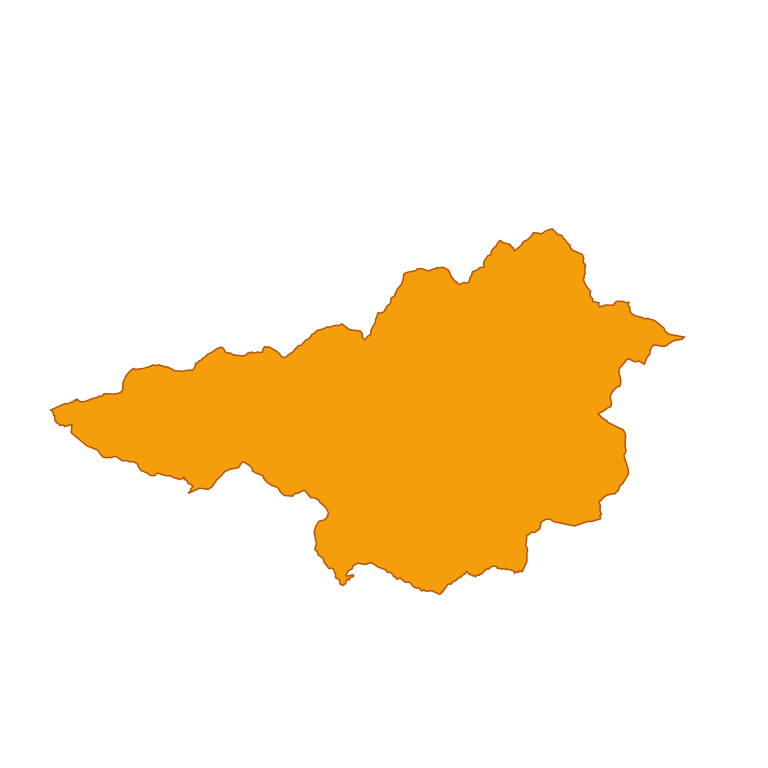 outline of Andreiasu De Jos, Vrancea, Romania, rotated 36°
{"feature_id": "2599482B32209112842541", "entity_name": "Andreiasu De Jos", "entity_type": "district", "adm_level": 2, "iso_a3": "ROU", "parent_name": "Romania", "parent_adm1": "Vrancea", "projection": "mercator", "projection_center": [26.796, 45.716], "detail": "fine", "context": "isolated", "style": "filled", "palette": "amber", "viewbox_px": 768, "rotation_deg": 36, "n_neighbors": 0, "source": "geoboundaries", "source_scale": "gbopen_adm2", "svg_char_len": 6170}
<svg xmlns="http://www.w3.org/2000/svg" viewBox="0 0 768 768"><g transform="rotate(36 384 384)"><path d="M303.8,572.5L305.3,568.1L305.1,559.9L306.3,553.8L306.7,548.5L309.3,543.7L315.5,537.3L315.1,530.8L316.4,529.3L324.7,529.1L327.4,530.0L328.5,531.7L332.1,531.4L339.6,529.5L343.4,531.6L347.0,532.2L352.5,532.2L358.1,530.3L362.0,531.3L362.9,532.1L368.7,532.8L376.0,528.5L376.1,526.1L377.1,523.7L378.4,523.4L381.0,518.2L382.4,516.6L391.5,519.1L394.6,516.9L399.7,516.4L401.5,517.4L410.2,518.4L414.7,520.8L415.9,524.2L416.2,527.0L415.0,530.0L413.1,531.7L412.0,533.7L412.5,539.4L414.7,545.1L423.1,552.7L425.3,558.5L428.8,558.9L431.3,561.0L437.3,560.8L440.2,563.3L448.0,565.6L450.4,563.5L451.6,563.5L457.2,566.8L458.5,569.2L462.9,568.7L466.1,571.7L469.4,571.0L470.2,567.7L469.4,566.0L469.0,563.5L471.0,563.3L470.5,560.5L472.1,558.4L472.2,557.0L470.8,556.7L467.8,560.3L466.2,561.4L465.3,560.8L465.2,556.9L464.8,555.9L466.8,552.7L466.0,548.6L468.5,544.0L474.1,541.5L475.8,540.0L477.7,536.9L479.8,535.8L486.2,535.6L494.5,533.5L497.4,534.3L500.1,532.7L503.1,533.0L505.2,534.1L507.1,533.4L509.0,534.5L511.5,531.2L514.0,531.9L518.2,531.7L521.2,529.3L527.4,530.7L530.2,530.1L532.4,528.3L535.7,529.4L536.9,528.3L537.2,527.1L539.6,527.0L544.3,523.2L552.8,521.4L553.5,518.5L553.6,508.6L553.9,507.7L555.6,507.0L556.2,503.0L557.7,500.7L558.4,496.7L559.8,495.4L559.9,491.7L561.2,490.2L561.0,487.0L565.2,488.0L566.2,487.0L568.6,487.1L569.3,486.1L571.1,486.2L572.0,483.5L573.7,482.6L573.3,481.0L574.8,480.1L574.8,477.3L575.5,475.3L575.4,473.5L577.1,472.6L577.9,471.0L578.0,469.2L580.3,466.2L582.2,465.8L584.2,466.5L585.6,465.2L588.4,464.6L589.7,462.2L591.7,462.6L592.3,461.6L597.5,459.3L599.4,459.2L600.9,460.4L601.6,457.9L603.3,457.7L603.5,455.8L606.1,454.6L604.1,443.9L598.9,436.7L598.6,435.2L597.3,433.4L593.3,431.0L590.7,425.7L588.9,423.3L588.8,422.3L589.6,420.9L590.4,417.4L591.1,416.5L592.9,415.9L595.1,410.1L593.6,405.6L592.3,404.8L592.7,402.6L594.2,398.9L597.3,395.8L602.2,395.6L621.6,386.9L629.1,376.1L633.4,372.5L638.4,365.7L636.0,363.5L636.5,361.5L633.1,359.4L630.2,354.8L627.7,353.6L627.1,352.4L628.3,350.3L627.9,349.1L628.2,347.3L629.7,343.0L634.3,337.5L635.6,336.9L635.4,334.3L636.2,332.9L634.7,327.7L635.6,324.0L634.6,313.6L633.9,311.9L631.1,309.0L620.0,300.8L619.8,297.6L619.1,296.0L614.3,291.0L610.0,284.0L606.5,281.3L604.4,280.6L587.6,283.5L585.8,282.7L581.1,283.3L574.8,282.2L577.7,276.3L578.9,272.1L580.8,269.0L579.6,266.1L574.9,261.7L573.8,259.9L573.4,255.9L573.9,251.4L574.3,249.7L576.0,247.0L575.7,245.9L573.7,242.1L566.4,235.6L565.6,233.8L565.4,231.2L566.0,225.6L565.9,222.7L566.8,219.9L574.2,218.5L577.0,215.5L583.0,214.9L581.1,207.9L581.5,203.9L579.6,200.2L578.9,197.2L579.2,194.4L580.3,193.1L587.0,190.0L589.0,188.5L589.4,187.1L590.1,186.8L590.5,184.3L593.0,178.5L598.0,173.5L598.9,172.1L599.4,169.5L585.6,176.1L580.4,176.2L577.8,174.2L565.6,173.6L558.5,176.1L555.7,178.6L554.1,178.2L548.1,180.8L544.2,181.5L542.1,181.3L540.0,180.1L537.5,177.2L535.7,177.2L534.8,176.5L534.2,174.0L532.4,175.6L528.6,176.9L523.9,180.1L523.4,181.0L523.0,185.7L517.1,189.6L512.9,195.1L510.9,193.7L510.2,191.9L504.6,194.5L502.3,192.1L500.8,192.3L499.0,191.4L497.4,189.4L496.8,187.7L489.3,185.6L483.9,182.4L483.2,179.6L482.4,179.2L481.9,176.5L479.0,173.5L478.5,171.1L477.4,170.5L477.1,169.3L473.6,168.2L472.2,166.4L472.1,165.2L468.3,162.7L457.2,165.1L456.1,164.3L454.3,164.2L453.2,162.6L448.0,161.9L445.9,160.8L442.9,160.7L440.7,159.3L436.8,160.9L429.0,159.6L427.9,160.7L425.0,164.8L423.5,169.1L422.1,170.8L420.2,171.1L415.8,174.1L416.2,174.8L416.2,178.7L415.0,183.6L413.1,186.7L413.5,187.3L413.0,188.6L413.6,190.7L411.3,199.7L408.4,197.9L405.3,197.9L404.2,197.0L396.5,199.9L394.0,199.3L393.3,200.5L393.0,203.5L393.7,206.2L393.1,207.5L392.7,212.6L394.4,217.1L392.6,219.0L392.9,225.6L393.3,227.1L396.0,230.6L392.8,233.9L392.9,235.6L392.2,237.2L389.6,241.1L390.9,244.7L391.1,247.6L392.4,249.8L392.4,253.2L389.0,254.9L386.6,259.1L384.5,259.5L383.4,258.7L380.2,258.9L374.9,257.4L370.5,254.6L368.3,254.0L362.8,255.0L361.9,256.5L358.7,258.7L353.3,266.6L347.0,268.3L343.5,271.1L343.1,273.5L336.1,281.2L335.6,284.0L338.1,288.2L339.5,293.1L339.1,299.9L340.1,304.7L341.0,306.6L339.6,309.3L339.5,311.1L340.9,312.8L341.7,315.2L340.6,319.3L341.5,325.4L340.0,328.5L337.5,329.6L337.3,330.6L338.6,333.2L339.0,335.9L340.9,339.8L341.1,344.0L342.1,348.6L344.1,351.6L342.8,355.1L342.6,359.6L338.4,358.6L337.0,356.1L333.8,355.0L324.2,360.3L314.4,360.1L313.8,362.6L309.8,365.4L306.8,369.8L304.7,371.0L301.9,376.0L298.1,380.5L297.7,384.3L296.5,386.3L296.9,391.1L294.9,394.5L294.2,401.5L292.0,403.3L292.3,405.5L291.3,408.5L291.8,410.6L289.2,417.4L288.9,420.5L285.1,422.2L282.0,421.0L277.5,420.6L268.7,421.7L267.6,423.1L265.4,424.0L265.6,426.7L266.7,429.4L266.0,430.8L262.2,433.0L262.1,434.2L260.7,435.3L258.3,435.8L257.7,437.5L256.3,437.6L255.6,439.0L255.3,442.1L252.3,445.0L244.6,449.1L241.5,449.2L238.1,451.6L233.5,449.9L231.3,449.5L230.6,450.0L228.2,453.3L226.2,459.3L223.5,464.3L223.6,466.8L222.4,469.3L222.1,471.9L220.8,474.2L220.7,476.8L219.3,478.2L220.3,479.4L221.2,481.9L221.0,485.2L216.1,489.1L214.5,491.4L207.2,496.2L199.1,497.4L197.5,498.5L190.6,500.8L188.6,503.3L185.7,504.5L184.2,507.5L180.5,512.5L174.3,518.4L172.3,518.5L170.9,522.7L170.4,528.1L172.0,536.3L176.2,542.5L176.1,544.5L175.0,547.2L171.2,551.1L163.3,556.4L163.0,557.5L163.3,559.3L160.3,561.7L159.9,563.6L157.0,566.7L152.4,574.0L148.4,577.0L144.4,576.7L144.8,578.3L143.5,578.2L142.8,581.2L141.2,583.1L140.7,584.9L137.3,587.7L129.6,601.0L131.9,600.8L135.3,603.4L136.2,603.2L138.3,606.1L139.9,607.2L140.8,606.9L141.7,607.9L143.5,607.2L145.6,608.2L146.7,607.7L147.1,606.4L149.9,605.7L150.5,606.2L155.3,600.2L159.7,607.3L179.9,608.7L191.0,605.8L199.3,608.4L202.8,606.9L203.9,605.5L206.7,604.0L208.2,601.5L210.2,600.0L217.4,600.0L221.2,597.0L223.7,596.6L227.5,593.9L231.9,593.7L233.6,595.1L238.0,596.8L245.4,595.1L248.3,595.5L250.8,594.2L252.6,592.4L253.0,589.2L261.0,586.6L266.1,583.4L268.9,583.5L275.2,581.1L276.9,576.9L277.8,577.1L278.1,578.6L278.7,578.7L280.9,577.7L283.6,579.5L286.9,578.7L289.6,579.3L289.4,582.3L290.2,583.9L289.8,586.5L290.2,587.0L296.0,576.7L303.8,572.5Z" fill="#f59e0b" stroke="#b45309" stroke-width="1.5"/></g></svg>